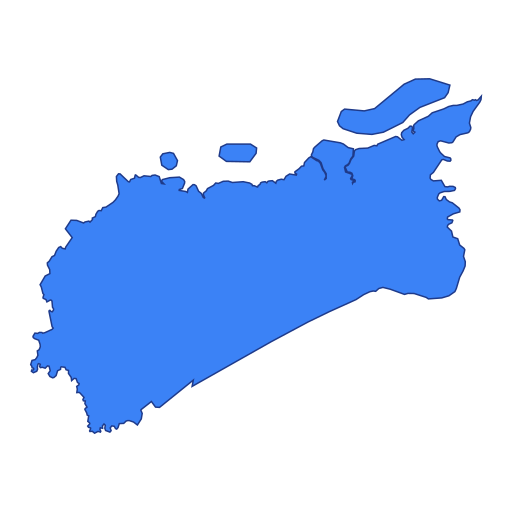 the district of Huaquillas, El Oro, Ecuador
{"feature_id": "8360857B41959203551937", "entity_name": "Huaquillas", "entity_type": "district", "adm_level": 2, "iso_a3": "ECU", "parent_name": "Ecuador", "parent_adm1": "El Oro", "projection": "natural_earth1", "projection_center": [-80.198, -3.46], "detail": "fine", "context": "isolated", "style": "filled", "palette": "blue", "viewbox_px": 512, "rotation_deg": 0, "n_neighbors": 0, "source": "geoboundaries", "source_scale": "gbopen_adm2", "svg_char_len": 5985}
<svg xmlns="http://www.w3.org/2000/svg" viewBox="0 0 512 512"><path d="M452.3,202.8L449.5,201.9L446.3,199.5L445.0,196.7L443.7,196.6L441.6,200.3L439.3,200.9L437.4,199.1L437.3,197.4L438.7,194.0L440.0,192.9L444.1,191.5L449.8,191.4L454.5,190.4L455.5,188.7L455.3,187.5L453.1,186.4L449.7,186.3L447.6,186.9L444.9,186.6L441.3,180.3L433.4,180.9L430.8,179.4L430.1,178.0L430.4,174.8L433.4,172.4L441.8,159.8L443.3,159.4L447.3,161.0L450.1,161.2L450.9,160.2L450.7,158.6L450.1,157.9L444.5,156.5L440.9,153.2L439.7,151.7L437.4,147.0L436.9,145.3L437.1,143.8L438.2,141.6L440.6,140.8L448.8,143.0L451.9,142.7L452.9,142.0L456.1,136.9L460.0,134.6L467.9,132.8L469.4,131.7L470.6,129.2L470.8,127.5L469.4,123.1L470.6,116.7L473.1,111.4L479.8,102.1L481.0,99.6L481.3,96.2L478.2,99.8L476.7,100.5L475.4,99.7L474.6,100.2L472.4,99.7L470.9,100.9L467.3,101.8L463.2,104.0L456.9,105.4L453.3,105.4L448.7,106.5L443.8,108.9L432.2,112.8L428.3,116.3L418.4,120.8L414.1,124.7L413.7,125.5L413.8,128.9L413.0,130.1L413.5,131.2L414.9,132.1L413.2,133.8L411.8,132.1L412.5,127.5L411.8,126.3L410.1,126.1L407.9,128.3L403.8,130.3L401.7,132.7L401.3,134.7L402.1,137.3L404.1,139.6L401.9,140.3L397.5,136.8L395.6,136.5L377.7,144.2L376.9,145.8L374.2,145.4L367.7,148.1L359.1,148.5L355.5,149.7L354.4,151.1L353.7,156.1L351.0,159.6L349.4,163.5L348.0,165.3L345.3,166.5L345.1,167.0L347.3,172.0L350.0,172.2L351.9,173.2L352.8,175.7L351.8,178.9L354.5,179.6L355.2,180.4L355.1,181.8L353.2,182.4L352.6,183.4L352.4,182.3L353.9,181.1L353.9,180.5L351.0,179.5L350.6,178.5L352.1,176.0L352.0,174.3L345.6,172.0L344.5,167.4L345.4,165.8L347.5,164.7L349.1,163.1L350.8,158.8L352.9,156.1L353.4,148.8L348.2,147.6L343.4,144.0L340.3,142.8L323.8,140.0L322.1,140.8L314.8,147.1L313.5,148.6L312.8,152.0L311.4,154.8L311.5,155.9L312.6,157.3L319.0,160.4L321.1,162.7L323.0,168.7L326.2,173.7L326.2,178.5L324.3,180.1L326.0,176.7L325.9,175.1L324.8,172.5L322.7,169.7L320.3,163.2L318.4,161.1L316.6,160.6L310.8,156.7L308.8,157.9L304.5,162.5L303.8,165.9L301.5,166.2L299.1,168.7L294.9,171.8L294.9,173.0L296.6,174.1L296.3,175.1L289.6,174.0L286.0,176.3L284.0,179.7L281.3,179.2L277.8,180.1L276.3,181.4L275.8,183.2L272.4,180.7L269.0,181.0L267.9,181.4L266.8,182.8L265.2,181.7L262.1,182.1L260.6,182.9L259.9,184.5L258.2,185.5L257.7,186.9L257.3,187.0L254.2,185.7L252.4,185.7L252.0,184.4L249.6,183.0L243.2,181.7L232.4,182.5L228.2,181.1L223.2,181.3L218.4,183.4L215.7,183.0L213.5,185.4L207.5,188.6L206.3,190.8L203.5,193.1L203.4,194.8L204.7,197.8L204.3,198.1L203.1,197.2L201.4,193.5L198.6,191.3L196.1,185.8L194.5,184.7L193.0,184.6L188.0,189.1L187.4,192.4L185.8,191.5L179.2,190.4L179.3,189.5L182.4,188.5L184.6,183.1L184.7,181.5L183.6,179.6L179.4,177.1L169.8,177.7L162.3,179.6L161.6,181.4L164.0,183.9L161.4,183.5L159.2,176.6L155.1,175.0L152.1,175.4L150.8,176.5L144.0,175.8L140.5,177.5L138.7,177.4L135.7,174.9L135.2,175.1L134.5,178.2L130.7,179.5L129.5,181.9L128.3,181.7L120.1,173.9L118.5,173.8L116.4,176.5L116.7,181.4L117.8,185.1L119.1,193.7L118.0,196.2L115.4,199.9L113.1,202.3L106.0,207.1L102.8,207.6L101.2,210.7L99.0,210.5L97.7,211.3L95.9,214.3L95.4,216.6L92.3,218.1L92.5,219.5L90.0,222.1L88.9,221.1L84.9,222.0L83.6,223.0L76.7,220.4L71.0,220.2L65.4,228.8L72.2,237.6L65.7,247.1L65.2,248.9L62.3,248.3L60.7,246.6L58.7,247.5L56.2,251.2L54.5,255.5L52.0,256.7L49.3,261.1L47.3,262.9L47.5,265.2L49.7,269.6L49.9,273.6L45.2,276.0L40.1,284.7L41.3,287.0L42.9,293.4L43.9,294.6L43.0,297.4L43.2,298.3L46.0,299.6L46.9,301.9L50.4,300.0L51.4,300.3L52.0,301.2L52.5,307.2L53.6,309.0L53.4,310.3L52.2,311.8L50.8,311.4L49.9,310.3L49.2,310.6L49.0,311.5L52.1,326.7L53.2,328.1L52.2,329.3L44.8,332.7L42.7,333.2L41.9,332.5L39.5,332.4L37.7,333.4L34.9,333.1L33.0,336.3L33.2,337.5L34.5,338.6L38.7,340.2L40.1,344.4L40.3,346.8L39.1,349.7L37.3,350.9L37.9,355.3L36.7,357.7L35.2,359.6L32.0,360.4L30.7,364.7L31.7,366.0L32.1,367.8L33.5,368.2L33.8,369.1L33.1,370.0L31.7,370.0L31.4,371.3L33.4,372.7L36.7,371.3L37.6,369.2L37.3,367.1L38.0,364.1L38.7,363.6L40.3,364.3L39.6,366.5L40.4,367.6L42.4,367.3L45.2,368.2L47.5,365.9L49.1,366.2L50.2,370.7L48.2,373.6L49.9,376.5L52.6,377.8L53.9,377.5L56.1,375.6L57.6,370.7L60.5,369.4L60.7,367.3L61.3,366.8L65.0,367.3L66.1,369.8L68.5,370.4L68.5,373.5L71.2,377.4L71.6,380.6L74.1,378.4L76.1,378.6L77.5,382.5L79.1,383.5L78.8,384.9L76.7,386.4L77.3,389.1L76.8,392.6L79.1,392.4L80.0,393.0L84.0,397.4L82.9,399.5L83.4,400.8L85.3,401.0L84.9,403.6L87.0,407.1L85.1,408.6L84.9,409.5L86.7,412.9L87.2,415.1L88.7,415.8L87.8,421.4L89.5,422.8L89.8,423.8L87.7,426.1L88.5,427.3L90.5,427.9L90.6,428.8L89.6,430.9L89.9,431.5L92.3,431.3L94.6,433.2L98.0,431.4L100.4,432.1L100.8,431.2L99.9,429.4L100.3,427.8L102.6,428.3L102.5,425.8L104.0,424.0L105.3,425.3L104.8,428.2L105.6,430.5L109.9,432.1L111.1,430.7L110.2,427.9L111.8,425.9L114.3,426.3L115.5,428.6L116.7,429.1L118.0,427.6L119.3,423.6L123.7,423.4L126.2,421.0L127.7,420.6L129.3,420.6L133.5,422.0L137.4,425.0L141.3,418.9L142.2,413.4L140.9,410.3L141.1,409.6L151.4,401.5L155.5,407.1L159.5,407.4L193.3,380.1L192.1,386.4L271.0,341.8L308.0,322.0L329.0,311.8L356.0,299.6L363.7,294.6L369.9,291.7L373.3,291.0L375.7,291.3L378.8,288.5L382.9,287.4L390.2,289.2L404.5,294.4L407.9,293.4L414.1,293.5L426.2,297.4L428.4,298.9L441.8,297.9L448.9,295.8L454.9,291.6L456.3,288.6L459.7,277.2L463.1,270.9L465.1,266.0L465.3,261.7L463.5,256.4L464.8,249.8L464.0,248.4L459.7,245.0L457.7,238.7L452.9,237.0L451.5,231.1L447.3,227.1L447.6,225.5L448.6,224.3L451.9,222.8L452.8,220.5L452.5,220.0L447.9,219.6L447.3,218.9L447.6,217.0L453.4,213.8L459.8,211.9L460.0,209.8L459.0,208.1L452.3,202.8ZM419.9,107.4L444.6,97.7L448.1,92.7L449.9,85.1L429.7,78.8L415.3,79.1L404.1,84.2L374.6,108.6L364.3,110.9L344.6,109.1L341.3,111.5L337.5,121.5L339.5,125.8L343.1,128.7L356.7,133.2L371.9,134.4L383.4,132.2L402.8,122.5L409.5,114.9L419.9,107.4ZM256.1,153.3L256.6,148.0L250.5,144.1L226.8,144.1L220.8,147.0L219.1,156.1L226.4,161.4L249.8,161.8L256.1,153.3ZM172.0,169.2L176.3,165.8L177.5,160.6L173.5,153.4L169.8,152.4L162.8,153.8L160.3,157.1L161.8,165.2L168.3,169.6L172.0,169.2Z" fill="#3b82f6" stroke="#1e3a8a" stroke-width="1.5"/></svg>